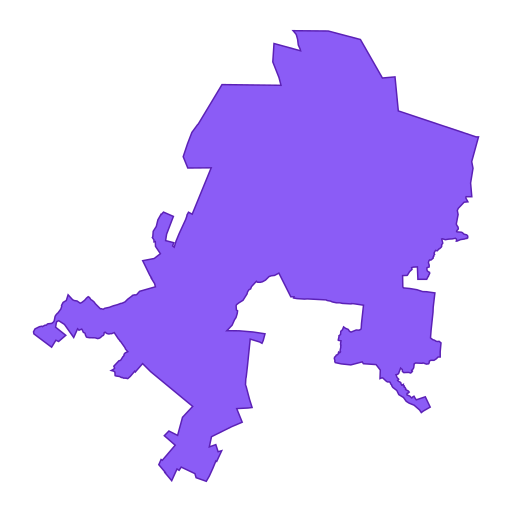 the district of Escuintla, Chiapas, Mexico
{"feature_id": "50627088B28564966320854", "entity_name": "Escuintla", "entity_type": "district", "adm_level": 2, "iso_a3": "MEX", "parent_name": "Mexico", "parent_adm1": "Chiapas", "projection": "robinson", "projection_center": [-92.576, 15.351], "detail": "fine", "context": "isolated", "style": "filled", "palette": "violet", "viewbox_px": 512, "rotation_deg": 0, "n_neighbors": 0, "source": "geoboundaries", "source_scale": "gbopen_adm2", "svg_char_len": 6054}
<svg xmlns="http://www.w3.org/2000/svg" viewBox="0 0 512 512"><path d="M171.7,480.7L177.0,469.0L179.1,470.3L181.2,467.1L194.9,473.6L196.1,477.7L206.3,481.3L209.3,476.1L212.9,468.2L215.9,460.9L216.7,461.4L221.7,450.7L218.1,451.7L215.8,444.6L209.3,446.9L211.5,436.7L231.6,426.7L242.2,422.2L236.7,408.6L248.1,408.0L252.1,407.5L249.6,399.6L246.2,386.7L245.5,384.8L245.8,378.8L246.2,376.9L247.4,366.5L250.2,339.1L259.7,342.0L262.0,343.3L263.2,340.6L265.0,333.8L253.2,332.0L239.0,330.8L226.8,330.7L232.1,325.2L234.5,319.8L236.0,317.6L237.2,313.6L237.6,310.8L236.4,310.0L236.1,305.8L236.5,304.7L238.8,302.9L243.0,300.3L247.0,294.0L247.6,291.8L249.0,289.7L250.6,288.9L251.5,286.6L256.4,281.3L257.3,282.2L260.2,282.3L262.4,281.8L265.5,280.1L269.0,276.6L271.2,275.8L274.6,275.4L278.9,273.1L290.8,296.8L294.0,296.8L293.6,298.0L297.0,298.6L304.5,299.1L307.3,298.9L326.2,299.9L327.1,300.5L330.6,301.1L332.2,301.9L336.4,302.8L339.8,302.8L342.5,303.4L351.1,303.9L351.3,303.6L353.7,303.7L363.5,305.2L361.5,323.4L361.2,328.3L360.8,329.3L359.1,330.2L356.2,330.0L351.0,332.1L349.5,331.3L348.2,329.4L345.5,328.3L343.6,326.9L342.5,329.7L340.8,331.3L340.5,334.5L338.9,335.8L339.0,336.6L338.2,340.1L338.6,340.4L341.0,340.8L340.5,344.2L341.0,345.1L340.7,345.6L340.8,347.1L340.1,350.5L340.5,351.7L340.3,352.2L339.7,352.7L338.8,351.9L338.5,352.3L338.4,353.5L337.5,354.7L336.4,355.0L335.6,356.3L334.6,357.2L334.3,358.4L334.9,360.5L334.8,361.6L335.3,362.6L341.3,363.9L350.8,364.9L362.2,361.9L363.4,363.7L376.1,364.6L380.3,370.1L380.0,378.6L381.7,377.9L382.7,377.9L386.4,381.3L387.5,381.9L389.2,381.9L390.3,382.4L390.6,383.9L391.5,384.6L391.8,385.8L392.8,387.4L396.8,390.5L398.8,394.6L403.5,397.5L406.2,401.3L409.0,403.1L414.1,405.2L419.6,410.0L421.3,412.6L423.4,411.0L430.2,407.1L425.3,396.8L416.3,399.8L415.3,398.5L414.0,396.2L413.0,396.7L412.1,397.7L411.6,397.9L409.8,396.1L407.0,394.9L407.0,393.9L407.3,393.2L408.3,393.0L409.2,392.1L408.3,391.0L405.6,389.5L405.8,388.8L405.1,387.6L404.2,387.1L404.4,386.3L404.0,385.7L403.6,385.8L403.2,385.5L403.3,384.4L401.7,385.1L400.9,383.5L400.8,382.7L399.8,381.9L398.9,381.6L397.6,380.5L398.7,379.2L397.0,377.4L396.0,374.7L397.7,374.3L398.6,373.5L400.6,368.1L402.3,369.6L402.4,371.4L403.7,372.6L408.5,372.4L410.7,373.0L411.7,372.2L412.3,371.3L411.8,371.1L411.6,370.3L412.5,369.8L413.7,367.8L414.2,363.8L415.6,363.0L422.2,363.3L423.0,362.9L426.4,364.1L428.6,363.8L429.1,363.0L429.4,361.1L430.2,360.6L431.0,360.3L434.0,360.3L436.2,358.9L438.1,357.0L440.2,357.0L440.2,351.7L441.0,342.9L439.1,341.3L437.5,341.5L436.0,341.2L434.5,340.2L432.8,339.7L430.5,337.9L431.1,330.1L433.0,312.2L433.2,307.3L434.9,292.9L426.4,291.7L422.7,291.6L416.9,289.7L409.8,288.5L403.5,287.9L402.8,286.8L402.6,275.6L407.1,275.4L407.4,275.2L409.6,271.6L412.0,269.4L411.6,267.6L413.4,267.1L417.4,266.9L417.9,279.3L426.7,279.3L428.0,276.7L428.4,276.4L428.5,275.8L429.7,273.3L429.5,272.3L428.7,272.0L427.3,270.9L426.8,269.1L427.1,267.6L429.1,267.0L429.2,265.1L428.4,262.7L428.8,261.2L429.2,260.4L429.8,259.8L430.7,260.1L431.3,259.8L433.2,258.1L433.1,257.1L433.8,256.3L433.7,255.5L434.6,254.4L434.1,253.4L434.4,252.3L435.5,250.4L437.2,250.8L439.1,248.8L439.6,248.7L441.1,247.3L441.6,246.6L441.7,244.6L442.7,243.4L442.7,242.7L441.7,239.0L442.5,238.8L445.3,239.7L448.8,239.1L452.3,238.9L455.4,238.3L456.5,239.2L456.6,240.0L456.3,241.1L457.0,241.1L460.5,239.6L464.5,239.0L466.6,238.2L466.9,238.5L467.7,237.9L467.8,237.0L467.7,236.1L467.4,235.5L466.5,234.8L464.1,234.2L462.3,232.6L461.3,232.2L457.2,231.9L456.6,231.6L456.7,230.8L458.2,229.1L458.3,228.5L458.0,227.0L456.8,225.3L456.3,224.0L458.1,214.5L457.3,210.5L458.3,208.3L464.1,202.2L467.9,201.8L465.8,198.0L466.1,196.7L471.8,196.7L470.6,183.0L473.0,168.3L471.7,161.6L478.5,136.9L476.1,136.9L398.3,110.9L395.0,76.9L382.4,78.0L360.4,39.5L328.2,31.0L293.1,30.7L295.9,34.0L296.4,35.0L297.6,39.3L298.3,45.0L300.2,49.2L300.6,50.8L274.0,43.5L272.8,61.9L279.0,77.6L281.0,85.3L222.0,84.6L198.1,124.3L197.7,124.5L191.9,132.4L187.5,143.8L183.2,156.7L187.8,168.0L211.2,167.8L192.2,214.2L188.5,212.2L186.9,215.1L186.9,215.9L185.7,219.4L179.1,233.7L176.1,241.0L174.2,247.2L172.6,245.9L173.8,242.7L165.6,240.6L166.6,234.2L173.4,216.4L163.5,212.1L160.9,214.9L160.8,214.7L157.9,219.8L156.3,226.4L153.2,231.3L152.8,236.7L152.3,237.5L153.9,239.8L154.0,241.9L155.3,241.6L155.5,246.4L160.4,253.7L154.2,258.5L142.7,260.7L149.7,275.0L151.5,278.0L151.2,278.1L154.6,283.6L155.4,286.8L139.6,291.3L136.8,294.5L136.0,294.9L134.3,294.9L132.4,295.4L132.1,295.9L127.7,299.2L125.0,301.9L121.9,303.3L120.8,303.4L117.4,304.7L113.3,305.8L109.4,307.3L104.7,308.3L103.2,309.3L101.3,308.7L100.4,308.8L95.3,303.7L94.2,302.1L92.4,300.5L90.9,299.6L89.5,297.5L88.2,296.7L86.5,298.1L84.6,300.3L81.9,302.4L80.2,303.2L77.1,301.0L74.1,300.5L72.6,299.7L68.1,294.8L66.3,300.5L63.1,302.4L61.7,305.1L61.5,305.7L61.7,306.5L60.8,309.1L57.9,313.0L57.2,313.5L55.7,315.3L55.1,316.4L54.2,320.8L53.5,322.0L51.7,323.4L47.9,323.8L47.3,324.1L46.5,325.1L44.9,325.2L42.5,326.6L41.9,326.2L39.4,326.7L35.0,328.9L33.5,331.8L33.9,333.9L51.6,347.2L55.9,340.2L58.6,341.5L65.8,335.3L55.6,327.2L56.3,322.9L56.8,321.6L58.7,320.7L64.0,324.1L64.8,324.9L73.7,337.5L77.6,328.8L79.0,330.2L81.7,329.1L82.0,329.4L83.4,332.4L84.6,332.9L85.1,333.4L85.4,334.9L86.4,337.0L87.0,337.3L89.4,337.7L95.1,337.8L97.7,338.6L99.0,338.3L100.4,337.6L102.2,335.9L103.3,335.4L103.9,334.5L104.2,332.6L104.8,332.3L105.5,332.3L106.0,333.0L107.1,333.6L108.9,334.0L110.7,333.6L111.6,333.7L114.2,332.6L118.4,338.9L119.3,339.8L119.8,340.9L120.4,341.2L125.0,347.7L125.4,348.9L127.8,351.7L125.2,352.9L124.1,354.2L123.9,355.7L122.9,356.7L120.9,359.9L120.2,360.5L119.0,360.7L113.8,366.2L114.6,368.1L114.5,368.4L113.5,369.3L111.3,370.5L113.8,371.2L114.9,372.1L115.1,375.6L116.1,376.0L119.6,376.5L121.3,377.5L122.4,377.5L123.4,378.1L126.5,378.2L127.2,378.6L127.8,378.6L130.3,376.4L134.7,371.2L135.3,372.0L142.6,363.6L150.7,371.7L192.7,406.4L182.5,417.3L177.6,435.4L168.9,431.0L164.3,435.7L175.2,445.2L162.3,460.3L161.1,459.5L158.8,464.7L165.3,472.4L164.9,472.6L171.7,480.7Z" fill="#8b5cf6" stroke="#5b21b6" stroke-width="1.5"/></svg>